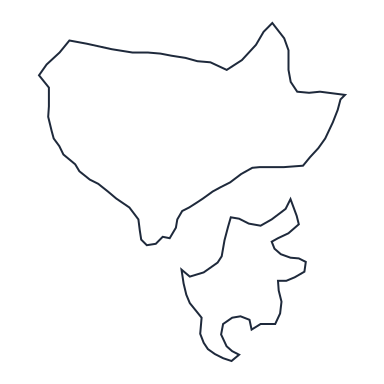 outline of Milia Ammochostou, Cyprus
{"feature_id": "46923920B90595863135808", "entity_name": "Milia Ammochostou", "entity_type": "district", "adm_level": 2, "iso_a3": "CYP", "parent_name": "Cyprus", "parent_adm1": "", "projection": "mercator", "projection_center": [33.805, 35.225], "detail": "fine", "context": "isolated", "style": "outline", "palette": "slate", "viewbox_px": 384, "rotation_deg": 0, "n_neighbors": 0, "source": "geoboundaries", "source_scale": "gbopen_adm2", "svg_char_len": 1557}
<svg xmlns="http://www.w3.org/2000/svg" viewBox="0 0 384 384"><path d="M345.0,94.9L320.0,91.7L309.1,92.8L297.2,91.7L290.7,81.9L288.5,69.9L288.5,50.3L284.2,38.3L272.3,23.0L263.6,31.8L256.0,44.8L241.9,60.1L226.7,69.9L210.4,62.3L197.4,61.2L185.5,57.9L171.4,55.7L160.5,53.6L147.5,52.5L132.3,52.5L111.7,49.2L86.7,43.7L69.4,40.5L59.6,52.5L46.6,64.5L39.0,75.3L48.9,87.6L48.9,95.2L48.9,106.4L48.2,116.8L51.6,130.8L53.7,138.5L59.3,146.1L63.4,154.5L75.2,164.3L79.4,171.3L89.8,179.6L98.2,183.8L107.9,191.5L116.2,198.5L129.4,207.5L138.4,219.4L139.8,230.5L141.2,239.6L146.8,245.2L155.8,243.8L162.7,236.8L169.7,238.2L175.9,227.7L177.3,219.4L182.2,211.0L189.1,207.5L196.8,202.6L203.0,198.5L212.7,191.5L220.4,187.3L230.1,182.4L241.2,174.0L252.3,167.8L259.9,167.1L273.1,167.1L284.2,167.1L303.0,165.7L309.9,157.3L318.3,148.2L325.2,138.5L332.8,122.4L337.7,109.9L340.5,99.4L345.0,94.9ZM290.5,199.1L285.6,208.9L271.7,219.4L260.6,225.7L248.8,223.6L239.1,218.7L230.8,217.3L228.0,227.0L224.5,240.3L221.7,256.3L217.6,262.6L203.7,272.4L189.8,276.6L181.5,269.6L183.6,283.5L186.3,294.7L189.8,303.1L201.6,317.7L200.2,333.8L203.7,342.8L207.9,349.1L214.8,354.0L223.1,358.2L231.5,361.0L239.1,354.7L232.2,351.2L226.6,346.3L221.1,334.5L223.1,324.0L232.2,317.7L240.5,316.3L249.5,319.8L251.6,329.6L260.6,324.0L275.2,324.0L280.1,313.5L281.5,301.7L278.7,290.5L278.0,280.8L286.3,280.8L294.7,277.3L304.4,271.7L305.8,261.9L298.8,258.4L290.5,257.7L280.8,254.2L274.5,248.7L271.7,241.7L278.0,238.2L288.4,233.3L298.8,224.3L296.7,215.9L290.5,199.1Z" fill="none" stroke="#1e293b" stroke-width="2"/></svg>